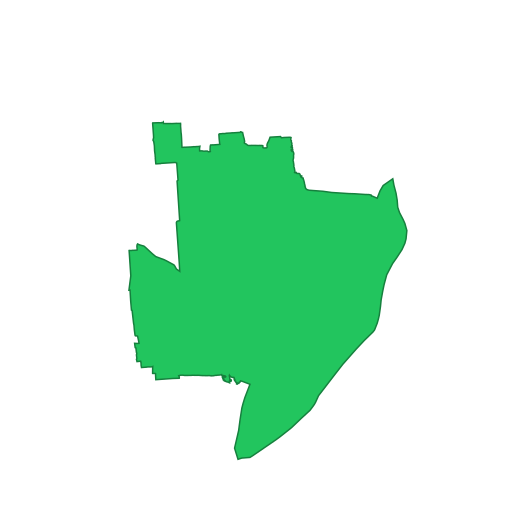 the district of Gogosu, Mehedinti, Romania, rotated 238°
{"feature_id": "2599482B64011010556903", "entity_name": "Gogosu", "entity_type": "district", "adm_level": 2, "iso_a3": "ROU", "parent_name": "Romania", "parent_adm1": "Mehedinti", "projection": "orthographic", "projection_center": [22.618, 44.365], "detail": "fine", "context": "isolated", "style": "filled", "palette": "green", "viewbox_px": 512, "rotation_deg": 238, "n_neighbors": 0, "source": "geoboundaries", "source_scale": "gbopen_adm2", "svg_char_len": 6061}
<svg xmlns="http://www.w3.org/2000/svg" viewBox="0 0 512 512"><g transform="rotate(238 256 256)"><path d="M368.4,310.3L368.1,310.0L368.1,309.8L368.6,309.3L369.3,309.1L369.5,308.8L369.3,308.0L372.5,302.0L373.4,300.5L373.6,300.0L374.8,297.7L375.1,297.4L375.3,296.7L375.9,295.8L376.3,294.5L377.6,292.5L378.2,291.0L378.6,290.5L379.0,289.6L379.0,289.4L378.7,288.9L375.0,286.9L370.9,284.9L369.8,284.5L372.5,279.3L372.6,279.0L373.0,278.5L374.2,276.3L373.4,275.4L369.8,272.9L369.4,272.8L369.0,272.8L368.8,272.7L368.8,272.4L369.1,271.7L369.7,270.8L370.7,270.4L372.0,268.3L372.4,267.4L373.8,265.9L375.0,263.9L377.1,265.1L378.8,266.6L379.2,265.6L380.3,263.5L380.6,263.2L380.8,262.4L381.2,261.8L381.6,261.4L382.0,260.4L382.5,259.5L383.0,258.5L385.7,253.7L386.0,253.3L387.1,251.2L387.4,250.8L395.0,255.1L398.7,257.1L400.5,257.9L403.5,259.5L406.0,260.8L407.7,261.9L408.5,262.3L408.9,261.5L410.7,258.7L412.7,255.1L416.1,249.7L417.1,248.2L417.4,247.7L418.6,248.3L418.5,248.0L418.6,247.8L419.0,247.3L419.1,247.0L418.9,246.6L420.8,243.8L423.6,238.9L423.4,238.7L412.8,233.1L411.2,232.2L410.9,232.1L408.8,230.0L407.2,229.9L403.3,228.2L398.9,225.7L395.1,224.0L394.1,223.4L392.6,222.7L392.3,222.4L387.3,219.9L387.2,219.9L384.9,224.1L384.8,224.7L378.2,236.9L377.6,237.6L377.3,237.6L376.8,238.0L361.7,230.1L361.4,228.8L326.6,210.1L326.4,209.9L327.1,208.3L327.2,207.2L326.7,206.4L326.4,206.1L290.9,187.3L283.4,183.2L287.1,181.6L290.6,181.8L291.5,181.8L292.3,181.5L299.2,177.6L301.3,176.3L308.6,170.7L312.8,169.3L323.4,166.4L324.4,165.7L325.3,164.8L327.5,162.9L329.0,162.0L328.6,161.2L327.7,160.4L326.9,159.9L324.3,158.6L324.1,158.4L324.1,158.2L324.2,157.9L325.5,155.5L326.3,154.2L326.7,153.2L327.2,152.4L327.7,151.8L327.9,151.3L305.5,139.3L294.3,130.1L293.8,131.1L284.3,125.9L276.1,121.7L275.5,122.1L264.0,116.6L261.9,115.8L257.9,113.7L253.5,111.7L252.7,111.4L252.2,111.4L251.7,112.2L250.8,113.1L245.8,111.3L243.9,110.5L245.3,108.1L245.6,107.8L246.3,106.8L242.6,105.1L242.3,105.0L241.9,105.4L241.4,105.3L237.6,103.5L237.1,103.5L236.0,102.9L235.9,102.6L235.5,102.2L232.3,100.7L232.0,100.4L231.8,99.9L229.5,99.1L228.0,102.2L227.9,102.4L226.4,101.9L224.1,100.6L222.1,99.8L219.8,104.2L219.2,105.6L217.3,108.7L217.0,109.4L217.0,109.8L211.4,106.2L211.2,106.1L211.0,106.3L209.9,108.2L209.5,108.5L207.7,107.4L204.2,105.5L196.2,120.6L193.0,126.1L193.3,126.4L194.6,127.0L195.4,127.1L195.2,127.4L195.1,128.2L194.8,129.0L193.7,130.8L192.5,132.2L189.2,137.6L188.5,139.0L186.5,142.0L185.4,143.9L183.4,146.6L180.5,151.0L179.4,153.0L178.0,154.6L178.0,154.8L177.2,156.0L176.2,158.5L175.8,159.1L175.4,160.1L174.4,161.9L173.6,163.8L173.6,164.0L172.5,163.7L172.4,163.9L172.4,164.2L171.8,165.1L171.0,165.9L170.4,166.4L170.0,166.5L169.6,166.4L169.5,165.9L169.6,165.4L170.3,164.8L171.1,163.6L171.1,163.4L171.0,163.2L169.7,163.0L169.5,163.3L169.0,163.6L168.2,163.1L168.4,162.7L168.0,162.6L167.6,163.1L167.4,163.4L167.0,163.6L166.7,163.1L164.8,164.5L163.5,165.8L162.4,166.3L162.3,166.5L162.9,166.7L163.4,166.7L164.3,167.5L163.9,167.9L163.4,167.8L163.2,168.2L163.3,168.4L163.1,168.5L163.2,168.9L163.9,169.3L164.5,169.2L164.9,168.9L165.1,168.5L165.5,168.5L166.3,169.0L168.6,169.9L168.9,170.2L168.5,170.2L168.3,170.4L167.9,170.4L167.9,170.1L167.7,170.0L165.5,171.7L165.2,172.3L164.7,172.6L164.8,172.9L164.7,173.0L164.1,172.9L163.8,172.9L163.3,172.2L162.5,172.6L162.0,171.9L161.7,171.8L160.9,172.2L160.7,172.3L160.6,172.1L160.3,172.2L160.0,172.0L159.3,172.1L158.6,172.6L158.1,171.9L157.8,171.7L157.3,172.1L157.3,172.7L157.7,173.2L157.4,173.5L157.1,174.0L157.3,174.3L157.4,174.1L157.5,174.6L157.8,175.0L157.5,175.5L158.3,176.7L156.8,178.1L150.4,182.9L141.8,171.5L137.8,166.9L134.6,163.5L125.8,155.9L117.2,148.8L104.4,136.0L93.1,133.0L92.2,136.8L88.4,144.1L88.4,147.2L89.6,175.7L90.1,181.8L91.6,195.1L94.4,208.7L96.5,220.0L98.2,224.4L99.2,226.8L100.4,229.0L104.4,235.0L113.3,258.9L118.2,272.3L123.9,291.4L127.0,303.1L129.6,315.0L130.5,317.4L134.8,323.2L137.7,326.4L140.3,329.0L147.2,334.8L152.5,338.9L159.1,344.9L163.9,349.5L170.8,356.9L177.2,367.8L180.2,374.9L184.0,383.1L187.9,389.0L191.0,392.3L197.6,397.4L204.7,399.5L209.0,400.1L216.7,400.7L222.2,402.0L228.5,405.3L235.0,408.0L243.0,410.5L247.7,412.4L249.0,412.9L248.4,401.2L245.5,395.7L240.8,389.4L245.4,386.2L245.5,385.9L245.6,385.7L246.4,386.0L246.6,386.0L248.3,384.3L250.1,381.5L256.6,372.5L259.8,367.7L269.8,353.8L275.4,347.1L283.7,335.8L285.4,334.3L285.9,334.3L286.7,333.9L287.2,333.9L288.3,334.4L288.8,334.3L289.8,334.9L291.8,335.5L292.6,335.9L295.5,336.8L296.2,336.8L297.0,337.3L297.3,337.2L297.9,336.5L298.4,336.3L298.9,336.2L299.1,336.0L299.5,335.9L299.7,336.1L299.8,336.3L299.7,336.4L299.6,336.8L299.9,336.7L299.9,336.9L300.8,336.3L302.0,336.6L302.4,336.6L303.1,336.3L304.4,334.4L304.9,334.2L305.2,334.3L305.3,334.2L305.6,334.3L305.9,333.5L305.9,333.3L306.3,333.0L306.5,333.4L307.3,333.9L309.7,334.9L311.0,335.3L311.8,335.4L312.1,335.6L312.8,336.2L313.3,336.3L313.9,336.8L314.5,336.9L315.9,337.6L317.3,338.0L318.2,338.7L319.2,339.8L321.8,341.4L322.4,342.1L323.5,342.6L325.0,342.8L325.4,342.4L325.4,342.2L325.7,341.9L326.0,341.9L326.1,342.1L326.4,341.9L326.6,342.0L326.9,342.0L327.1,341.9L327.5,342.2L327.5,342.4L327.0,343.0L326.7,342.9L326.5,342.6L326.8,342.4L326.3,342.6L326.1,342.9L326.4,343.4L327.9,343.8L328.5,344.3L329.3,344.5L329.1,344.0L329.4,343.3L329.7,343.4L329.9,343.5L329.9,343.9L330.0,344.1L330.6,344.6L330.3,344.6L330.2,344.9L330.3,345.1L330.6,345.2L332.0,345.5L332.3,346.0L333.0,346.3L333.5,346.2L334.1,346.4L334.8,347.0L335.2,347.1L335.8,347.0L336.2,347.1L336.8,347.5L337.9,348.5L338.6,347.9L341.6,342.7L342.8,340.2L344.3,340.1L349.3,330.9L347.1,328.1L345.7,325.7L345.1,324.9L344.2,324.0L342.8,323.4L342.3,323.0L342.2,322.7L342.1,322.2L343.5,319.9L343.9,319.5L344.3,319.3L345.7,320.2L346.0,320.2L346.4,319.8L347.2,318.7L347.4,318.1L347.7,317.9L348.4,316.7L348.5,316.4L348.9,315.9L350.6,313.3L352.2,310.8L352.4,310.2L352.9,309.6L353.4,308.6L354.3,307.6L356.1,307.1L356.4,306.8L357.6,306.1L358.1,306.0L358.4,306.2L359.0,306.9L359.2,307.1L361.8,308.1L363.9,308.7L368.4,310.3Z" fill="#22c55e" stroke="#15803d" stroke-width="1.5"/></g></svg>